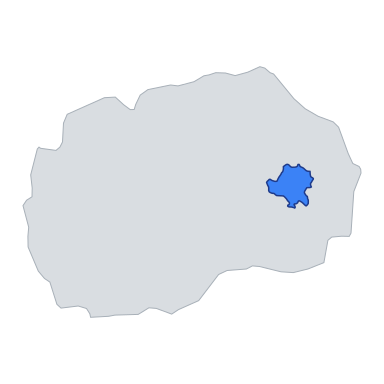 where Radoviš sits in North Macedonia
{"feature_id": "MKD-2905", "entity_name": "Radoviš", "entity_type": "Statistical Region", "adm_level": 1, "iso_a3": "MKD", "parent_name": "North Macedonia", "parent_adm1": "", "projection": "natural_earth1", "projection_center": [22.489, 41.639], "detail": "fine", "context": "in_parent", "style": "filled", "palette": "blue", "viewbox_px": 384, "rotation_deg": 0, "n_neighbors": 0, "source": "natural_earth", "source_scale": "10m", "svg_char_len": 2741}
<svg xmlns="http://www.w3.org/2000/svg" viewBox="0 0 384 384"><path d="M170.7,85.0L178.0,85.9L194.0,81.7L203.9,75.8L209.0,74.9L215.7,72.7L225.4,73.0L235.2,75.6L247.7,72.2L259.9,66.7L264.8,68.1L270.1,72.7L273.6,74.0L293.9,98.7L305.1,108.7L318.2,116.3L333.2,121.9L338.6,127.2L348.2,153.5L352.8,163.5L359.1,166.5L360.7,169.3L361.0,173.1L353.8,191.6L351.0,233.1L349.2,236.4L341.7,236.2L331.7,237.1L327.9,240.3L323.9,262.6L307.9,269.0L293.3,272.6L281.0,271.8L259.5,266.5L252.4,265.9L246.4,269.0L227.1,270.5L218.6,274.5L198.7,300.6L178.5,309.6L171.7,314.1L156.3,308.4L148.9,307.8L138.2,314.4L114.9,315.1L108.6,316.3L90.6,317.3L89.8,313.7L86.5,308.5L78.2,306.0L61.0,308.1L56.9,304.3L49.9,282.1L44.5,278.5L38.3,271.1L28.1,247.0L27.9,236.4L28.7,227.2L23.0,205.6L26.6,200.2L32.0,196.8L32.2,188.1L30.7,174.9L37.3,149.0L39.0,147.1L40.6,148.3L56.0,150.4L59.9,147.1L62.5,142.0L63.5,123.1L67.2,114.3L104.4,97.7L115.3,97.1L123.6,104.7L130.2,109.6L134.2,109.5L135.7,104.5L140.2,95.1L147.9,89.6L170.5,85.0L170.7,85.0Z" fill="#d9dde1" stroke="#a8b0b8" stroke-width="1"/><path d="M281.1,173.8L281.6,172.8L282.6,171.8L283.1,170.5L283.4,168.8L283.4,166.6L284.7,165.6L286.2,164.6L287.1,164.3L288.4,164.6L289.3,165.3L290.2,166.3L290.8,166.8L291.9,167.3L293.4,167.2L294.8,167.2L296.6,166.8L297.4,166.1L297.7,165.2L298.0,164.5L298.5,164.4L299.0,164.4L299.4,164.8L299.7,165.6L300.2,166.5L300.9,166.9L302.1,167.4L303.1,167.9L304.1,168.7L304.9,169.5L306.3,170.7L307.9,171.3L309.0,171.3L310.0,171.4L310.1,172.7L310.2,174.4L310.7,176.6L311.6,177.3L312.6,177.8L313.3,178.5L313.2,179.4L312.5,180.3L311.4,182.3L310.6,183.3L310.5,184.4L310.8,185.7L311.3,186.9L310.9,187.3L309.5,187.6L307.8,187.6L306.9,187.7L306.5,188.2L305.4,190.0L304.8,191.0L304.4,192.1L304.5,193.1L305.3,194.3L306.3,195.8L307.3,196.4L307.5,197.5L307.6,198.7L308.1,199.6L308.3,200.7L308.3,202.0L308.2,203.6L307.4,204.7L306.8,205.4L306.3,205.8L305.6,205.7L304.3,204.5L303.1,203.3L301.7,202.1L299.6,200.9L298.8,200.9L298.3,201.2L297.6,202.8L296.3,203.7L295.4,203.9L294.6,203.9L294.1,204.3L294.1,204.9L294.5,205.3L294.8,206.0L295.1,206.7L295.1,207.6L294.7,208.0L293.8,207.6L291.4,207.0L289.7,207.0L288.4,206.7L287.7,206.1L287.8,205.2L288.5,204.9L289.1,204.5L289.4,203.7L289.4,202.7L288.9,202.0L287.6,200.7L286.4,198.8L284.6,196.9L283.5,196.0L281.6,195.8L279.0,195.7L277.5,195.6L276.5,195.5L275.3,194.6L274.3,193.6L273.1,193.3L272.2,193.3L270.9,192.8L270.4,192.6L269.3,191.9L268.7,190.7L268.7,189.5L268.7,187.8L268.4,186.4L267.9,185.8L267.1,183.8L266.6,182.5L267.1,181.5L268.3,180.4L269.3,179.4L270.1,179.3L271.1,179.9L271.8,180.4L273.0,180.8L274.5,181.3L275.9,181.4L276.9,181.2L277.5,180.1L277.9,179.1L278.9,177.2L280.1,175.5L280.9,174.4L281.1,173.8Z" fill="#3b82f6" stroke="#1e3a8a" stroke-width="1.5"/></svg>